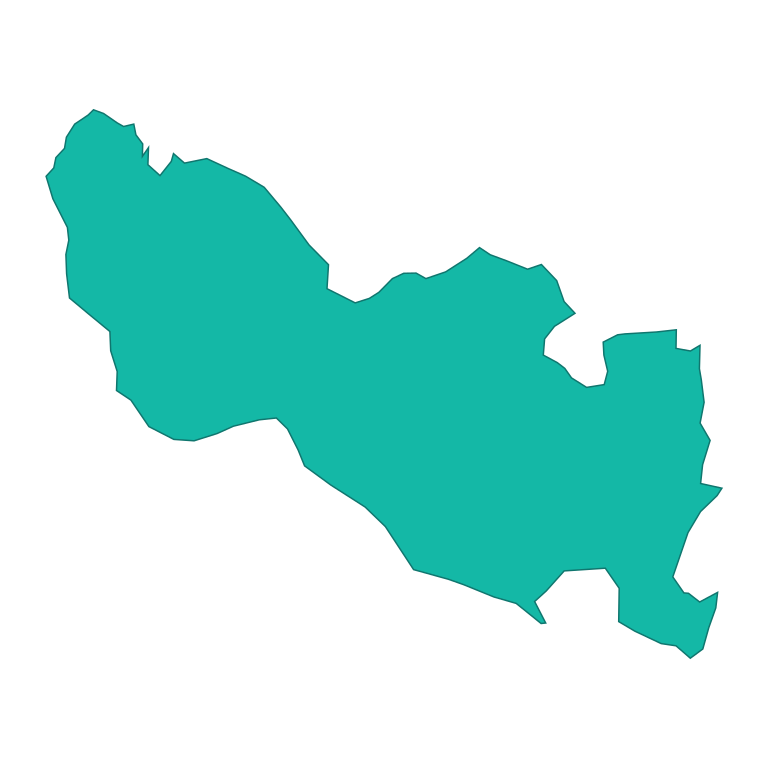 outline of Evretou, Paphos, Cyprus
{"feature_id": "46923920B63021267781506", "entity_name": "Evretou", "entity_type": "district", "adm_level": 2, "iso_a3": "CYP", "parent_name": "Cyprus", "parent_adm1": "Paphos", "projection": "robinson", "projection_center": [32.482, 34.962], "detail": "fine", "context": "isolated", "style": "filled", "palette": "teal", "viewbox_px": 768, "rotation_deg": 0, "n_neighbors": 0, "source": "geoboundaries", "source_scale": "gbopen_adm2", "svg_char_len": 1652}
<svg xmlns="http://www.w3.org/2000/svg" viewBox="0 0 768 768"><path d="M46.1,176.3L52.9,198.8L67.4,227.4L68.8,240.2L65.9,254.5L66.6,273.7L69.5,298.0L88.3,313.7L109.9,331.5L110.7,350.8L117.2,371.5L116.5,390.5L130.9,400.1L148.9,426.6L173.8,439.4L194.1,440.8L217.2,433.5L233.4,426.2L259.3,419.8L276.4,418.0L287.5,428.9L298.1,449.9L304.6,465.9L330.9,485.1L365.1,507.0L385.4,526.6L413.6,569.6L439.5,576.8L448.2,579.2L463.5,584.6L494.0,597.0L516.2,603.4L541.1,623.5L545.7,623.0L534.6,601.5L546.2,591.0L564.2,570.9L605.3,568.2L619.2,588.3L618.7,621.6L634.9,631.2L661.2,643.6L676.0,645.8L690.3,658.2L702.8,649.0L708.8,627.6L715.8,607.9L717.6,592.4L699.6,602.0L688.5,593.3L683.9,592.9L672.8,576.9L688.0,532.6L700.5,511.6L717.1,495.6L721.9,488.2L700.6,483.5L702.6,464.7L710.1,440.4L700.1,423.1L704.1,402.3L701.3,379.8L699.4,368.7L700.0,345.3L690.4,351.0L676.0,348.4L676.3,329.8L656.4,332.0L625.0,333.9L617.6,334.8L603.2,342.1L603.9,355.1L607.7,371.3L604.2,384.6L586.6,387.4L571.5,377.9L564.8,368.4L557.4,362.7L543.3,355.1L544.6,338.9L554.5,326.3L575.0,313.3L564.1,301.6L556.7,280.6L541.4,264.5L527.6,269.2L507.1,261.0L490.1,254.7L479.5,247.6L466.8,258.3L445.6,271.9L425.9,278.6L416.1,273.1L403.7,273.3L392.4,278.6L378.9,292.3L369.3,298.4L355.2,302.9L327.0,288.7L328.5,264.7L309.0,244.9L290.7,219.9L280.8,207.1L264.2,187.3L245.6,176.2L228.4,168.6L206.8,158.6L184.5,163.1L173.5,153.6L171.3,161.4L160.0,175.6L147.9,164.7L148.5,147.6L142.4,156.4L142.7,143.9L135.9,134.8L133.8,124.1L123.6,126.5L117.2,122.9L103.6,113.5L93.5,109.8L88.2,115.0L74.7,124.1L66.4,137.2L64.5,148.4L55.9,157.6L53.8,167.9L46.1,176.3Z" fill="#14b8a6" stroke="#0f766e" stroke-width="1.5"/></svg>